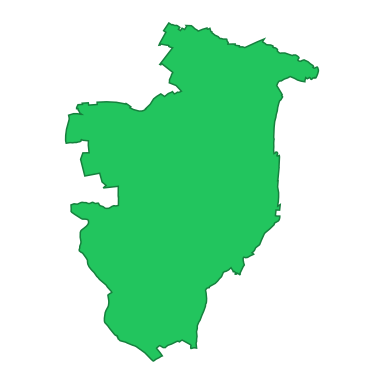 outline of Craciunesti, Mures, Romania
{"feature_id": "2599482B86140675051410", "entity_name": "Craciunesti", "entity_type": "district", "adm_level": 2, "iso_a3": "ROU", "parent_name": "Romania", "parent_adm1": "Mures", "projection": "natural_earth1", "projection_center": [24.571, 46.464], "detail": "fine", "context": "isolated", "style": "filled", "palette": "green", "viewbox_px": 384, "rotation_deg": 0, "n_neighbors": 0, "source": "geoboundaries", "source_scale": "gbopen_adm2", "svg_char_len": 5847}
<svg xmlns="http://www.w3.org/2000/svg" viewBox="0 0 384 384"><path d="M196.6,348.1L196.1,343.6L196.2,342.7L196.6,341.4L196.6,339.0L197.0,336.4L196.5,331.6L197.3,328.5L197.3,325.7L199.0,321.7L200.0,320.3L201.8,315.5L203.8,310.9L205.4,306.4L205.6,304.2L206.3,302.9L206.5,301.1L206.6,298.5L206.1,293.1L205.5,290.1L206.3,288.9L206.8,288.3L207.7,287.9L209.3,287.6L209.3,287.0L209.6,286.5L215.2,283.4L217.5,281.2L219.4,278.8L221.5,276.7L223.3,272.4L224.9,271.4L225.2,271.5L226.0,271.3L228.1,270.2L229.0,269.6L231.0,267.7L233.0,270.8L233.0,271.1L233.2,271.7L233.6,271.8L234.3,271.5L235.4,272.6L236.6,273.0L235.1,273.9L235.2,274.2L236.5,274.1L237.1,273.5L238.1,273.6L239.8,274.7L240.0,274.5L240.3,274.0L240.0,273.5L240.1,273.1L243.2,266.6L244.3,265.0L243.6,262.7L243.5,261.8L243.2,260.7L243.1,258.4L243.6,257.3L244.0,257.2L245.6,257.7L247.6,257.4L250.3,255.8L253.4,254.4L253.7,254.2L252.0,252.8L252.9,252.1L254.4,250.5L255.7,247.7L259.6,244.7L261.5,240.0L264.3,233.8L265.1,232.8L269.9,228.8L274.1,224.7L274.3,223.6L274.7,223.0L278.4,220.9L279.2,219.7L279.5,218.8L279.8,217.1L279.8,216.1L276.9,216.1L275.4,215.7L276.0,210.0L279.6,210.1L280.2,204.6L277.7,206.2L277.9,203.8L278.3,201.7L278.6,197.1L278.6,192.6L277.6,186.9L278.1,180.7L277.6,180.7L277.9,179.6L279.1,167.3L279.0,166.6L279.5,156.9L279.3,155.5L278.1,156.0L277.0,155.9L276.9,155.5L277.6,154.0L277.6,153.1L277.0,152.2L276.0,152.0L275.5,152.8L274.0,153.6L273.6,150.1L273.8,146.9L273.7,142.9L273.9,140.1L274.1,139.2L273.7,137.4L274.1,127.6L274.7,121.6L275.9,117.1L276.2,114.7L277.3,110.8L277.7,107.5L278.9,102.8L279.7,100.7L280.8,99.9L282.6,96.9L281.7,95.6L281.6,95.3L282.2,94.8L281.5,93.4L276.7,85.5L277.9,82.8L278.9,81.4L279.7,81.0L281.3,80.9L284.4,79.0L287.7,77.9L290.1,76.5L294.6,78.4L297.5,80.0L301.0,81.1L304.4,81.7L304.9,81.7L304.8,81.1L305.7,77.6L307.2,78.8L308.7,78.0L309.3,77.4L309.6,77.5L309.9,77.6L310.8,79.1L311.3,79.4L311.7,79.3L313.1,77.9L314.2,78.1L314.5,77.6L314.8,77.5L315.5,78.0L315.8,77.9L316.5,76.7L317.7,73.8L318.4,71.1L318.4,70.0L317.8,67.9L317.4,67.2L317.1,67.0L316.8,67.1L314.3,68.2L313.7,68.0L312.9,67.4L313.5,66.7L313.5,66.4L312.9,65.5L310.2,63.7L308.1,61.8L307.3,61.4L304.1,59.9L302.0,60.5L300.8,61.3L300.4,61.1L299.7,61.3L298.1,60.5L297.8,60.2L297.9,59.5L298.7,58.5L299.0,57.8L298.8,57.3L297.6,56.2L295.7,55.0L293.3,55.0L292.5,55.5L291.5,55.3L284.9,53.0L281.5,53.0L280.7,53.3L279.2,52.8L277.3,51.1L277.5,49.6L277.3,49.3L276.3,48.4L274.9,47.7L273.6,47.7L272.9,47.3L272.8,47.0L273.1,46.3L272.9,45.9L270.7,45.0L267.0,44.8L266.1,44.5L265.4,43.7L262.6,41.9L262.9,41.0L264.2,39.0L257.2,41.9L244.8,47.6L242.8,46.9L239.4,46.9L239.4,45.8L235.3,45.3L235.1,44.9L235.2,44.0L227.9,44.1L228.2,42.5L227.1,41.0L226.8,39.3L226.4,39.1L223.1,39.1L221.3,38.5L219.9,38.5L218.1,36.6L214.8,35.1L213.1,33.6L212.2,33.2L211.9,31.8L210.9,31.6L209.9,28.3L208.1,29.2L207.4,29.2L207.1,28.7L207.0,28.0L202.6,29.3L198.2,31.1L197.3,30.2L194.9,28.8L192.7,26.7L191.3,25.7L186.1,25.5L186.6,26.2L186.5,26.5L184.6,29.5L182.1,28.2L180.4,30.6L178.4,29.3L179.8,27.4L177.7,25.9L176.7,25.4L174.8,25.5L172.5,24.6L171.7,24.8L168.8,23.0L163.6,30.7L165.9,32.2L159.7,43.4L159.0,45.2L160.3,45.0L160.4,44.3L161.2,44.1L166.8,45.2L167.9,45.2L168.8,45.6L168.8,46.4L169.4,46.8L172.6,47.8L159.8,64.4L160.8,64.8L161.4,63.7L161.7,63.6L172.7,72.3L172.8,72.7L171.6,74.4L171.2,76.0L169.5,79.7L169.5,81.5L169.3,82.8L176.1,85.5L181.4,91.2L179.2,92.3L178.5,92.4L177.8,92.1L177.2,92.3L176.4,93.0L174.3,93.9L172.4,91.6L171.4,92.3L168.8,93.3L167.8,93.9L164.6,96.5L160.8,93.9L156.6,96.5L153.6,98.9L150.2,104.3L145.6,108.7L145.9,108.9L144.5,110.1L142.1,111.0L139.2,111.1L133.6,109.6L129.9,107.8L130.8,106.8L127.8,104.6L126.0,103.5L125.7,104.0L116.4,102.3L106.6,101.8L97.1,102.2L97.2,104.5L88.7,105.1L88.3,102.8L82.2,103.2L82.5,104.4L78.0,104.7L76.6,107.6L76.6,108.7L77.9,108.6L78.2,110.0L79.2,111.4L79.7,112.9L81.8,114.4L80.9,114.4L77.5,113.7L73.5,113.7L68.6,115.2L69.1,117.5L69.2,118.6L69.1,119.7L66.5,129.2L65.7,135.4L65.6,139.9L65.7,141.1L66.2,143.2L70.1,142.6L72.7,142.8L74.4,142.5L76.5,142.5L78.1,142.0L79.9,141.7L81.0,141.0L81.2,140.4L81.1,139.9L81.4,139.6L83.1,140.3L88.4,140.8L88.3,145.3L89.1,152.8L82.9,152.9L80.6,159.3L84.8,176.0L99.7,173.2L102.1,182.0L106.1,185.4L103.6,187.6L103.8,187.9L118.3,186.3L118.2,195.7L118.3,196.9L118.5,196.9L118.4,205.4L116.0,206.0L113.9,205.7L112.0,206.4L109.3,208.1L108.6,208.3L106.4,208.4L105.1,208.2L103.0,206.6L100.1,205.7L98.9,204.3L98.7,203.5L98.2,203.1L95.2,203.5L92.8,202.3L91.8,202.5L89.8,203.5L88.1,203.5L86.1,202.6L84.1,202.6L82.1,202.3L80.8,202.6L77.4,204.2L74.0,203.8L71.0,204.9L71.2,208.7L71.1,211.4L71.8,212.3L74.6,214.3L81.5,218.7L82.6,219.1L85.2,219.1L87.4,219.5L88.0,219.9L88.3,220.6L88.5,221.5L88.5,223.1L87.7,224.7L86.2,226.4L81.5,230.1L80.9,230.8L80.3,232.4L80.2,237.2L81.0,241.9L80.8,243.5L79.8,246.2L79.7,248.3L79.2,249.5L79.3,250.8L81.1,252.3L82.2,252.8L82.7,253.2L85.9,257.6L87.4,260.0L87.6,262.9L87.9,264.3L89.1,266.8L90.7,268.9L92.1,270.5L94.1,272.5L96.8,276.4L98.2,277.7L99.4,279.3L106.2,285.1L107.4,287.0L111.4,291.5L111.8,292.4L109.4,293.9L107.9,295.1L108.8,300.9L108.8,302.9L108.4,305.8L108.0,306.8L106.0,310.5L105.2,312.6L104.4,318.1L104.4,321.0L104.7,322.2L105.1,322.9L107.7,325.7L110.0,328.9L114.3,334.2L115.3,335.2L116.0,335.5L116.5,335.4L117.5,336.1L117.6,336.3L117.5,336.5L117.2,336.7L117.9,338.0L118.2,338.2L118.1,338.8L118.6,339.1L119.9,340.5L120.2,340.7L125.7,342.2L127.0,342.9L132.4,345.1L134.6,345.8L136.3,346.6L144.9,352.8L151.4,359.5L153.0,360.9L153.5,361.0L154.5,360.4L155.8,359.3L159.2,357.6L161.2,356.3L162.3,355.9L160.4,353.1L156.5,348.3L156.8,347.8L159.4,345.7L159.9,345.6L163.2,347.6L165.3,347.6L166.0,346.8L167.9,345.3L171.6,344.0L176.7,341.5L177.9,341.2L179.5,341.9L180.7,340.8L182.2,340.1L190.2,344.5L191.0,345.3L190.7,347.0L190.8,348.3L191.0,348.5L193.4,347.9L194.7,347.8L196.6,348.1Z" fill="#22c55e" stroke="#15803d" stroke-width="1.5"/></svg>